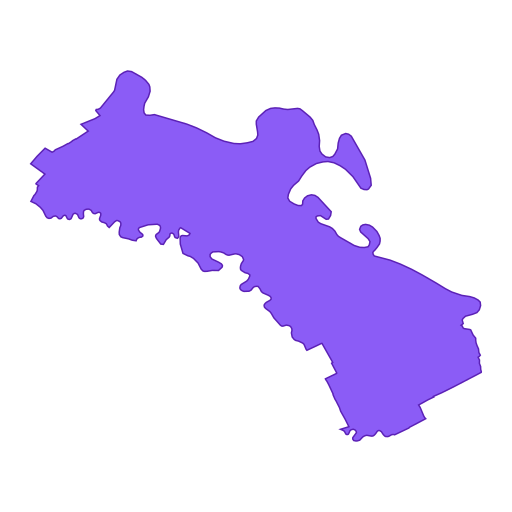 Grozesti, Iasi, Romania
{"feature_id": "2599482B13822693559247", "entity_name": "Grozesti", "entity_type": "district", "adm_level": 2, "iso_a3": "ROU", "parent_name": "Romania", "parent_adm1": "Iasi", "projection": "robinson", "projection_center": [28.02, 46.999], "detail": "fine", "context": "isolated", "style": "filled", "palette": "violet", "viewbox_px": 512, "rotation_deg": 0, "n_neighbors": 0, "source": "geoboundaries", "source_scale": "gbopen_adm2", "svg_char_len": 6042}
<svg xmlns="http://www.w3.org/2000/svg" viewBox="0 0 512 512"><path d="M463.2,323.6L462.2,320.0L463.0,318.5L465.5,316.2L472.5,314.3L476.9,312.6L479.3,309.8L480.6,305.6L480.2,302.1L478.1,300.0L474.2,297.9L469.8,296.6L461.8,295.4L451.7,292.0L445.4,288.7L436.1,283.0L421.9,274.8L411.6,269.3L400.4,264.1L390.0,260.1L374.3,256.0L373.2,254.4L372.8,252.6L373.5,251.4L374.8,250.2L377.1,247.4L379.5,243.9L380.1,241.1L380.1,238.3L379.1,235.5L376.9,231.5L372.6,227.1L369.4,225.2L365.6,224.4L362.9,224.9L360.8,226.3L359.6,229.4L360.7,232.0L368.1,238.6L370.0,241.6L369.3,244.9L368.0,246.8L364.3,247.5L359.8,247.3L354.2,245.5L340.6,237.7L338.4,236.3L336.8,234.5L334.9,231.1L332.4,228.5L329.6,226.8L320.8,223.7L318.3,222.2L316.0,218.5L316.0,216.9L317.4,215.9L320.5,215.6L326.2,219.3L328.5,219.0L330.6,215.5L331.2,211.7L318.0,197.4L314.9,195.4L311.4,194.8L307.5,195.8L304.6,198.0L302.8,200.9L302.6,204.2L301.4,205.6L298.0,205.5L294.0,203.9L289.7,201.3L287.8,198.0L288.4,194.3L290.7,188.9L293.6,185.3L298.6,181.0L301.7,176.1L305.9,170.5L309.7,167.2L316.4,163.5L323.0,161.9L328.0,161.5L334.1,162.8L340.1,165.7L345.5,169.3L352.9,176.6L360.9,188.2L364.0,189.5L367.0,189.7L368.5,189.0L371.2,185.3L370.6,178.3L364.9,160.0L351.3,136.2L348.6,134.2L345.7,133.5L341.4,135.2L339.5,138.3L338.2,143.0L337.6,148.9L334.8,154.2L332.8,156.5L329.7,157.6L325.6,156.9L321.9,154.0L319.9,151.0L319.2,146.4L319.6,140.6L318.7,134.3L317.0,129.9L314.3,124.6L312.8,120.4L310.1,117.1L302.6,110.8L299.9,108.8L297.5,108.4L287.8,109.5L283.8,109.1L279.4,108.1L275.0,107.9L270.6,108.4L265.9,110.5L258.7,117.0L256.3,121.0L256.3,124.2L257.6,132.1L257.8,135.1L256.5,138.5L253.0,141.4L247.3,142.8L240.2,143.8L233.9,143.5L224.0,141.2L215.4,137.8L206.8,132.9L196.8,128.0L186.8,124.1L154.4,114.6L150.0,115.3L145.9,115.1L144.1,112.9L143.6,109.7L144.0,106.4L144.7,103.2L148.4,96.8L150.1,91.2L149.8,86.9L148.9,84.4L145.5,80.3L141.8,77.3L131.6,71.6L127.5,71.0L124.0,72.3L119.9,75.0L116.9,79.3L114.6,90.3L113.6,91.9L100.4,108.1L98.2,109.3L96.2,109.5L95.8,110.6L100.0,115.6L94.9,118.7L81.0,124.3L88.2,131.1L76.1,139.1L75.8,138.9L72.3,140.8L72.0,141.3L68.5,143.6L67.8,143.6L63.0,146.3L55.3,149.8L53.9,151.3L52.1,152.2L45.1,148.2L37.0,156.4L30.7,163.8L44.9,174.1L36.0,183.5L36.0,183.9L38.6,185.7L37.4,187.2L37.3,190.0L36.9,191.4L35.0,194.5L33.9,195.6L30.9,201.4L36.0,203.8L40.2,207.2L43.0,210.4L45.8,216.2L47.2,217.8L48.9,218.4L49.9,218.3L51.0,218.1L53.2,216.4L55.5,215.9L57.0,216.7L58.6,218.5L59.9,218.8L61.3,218.3L63.4,215.7L64.9,215.2L65.9,215.7L67.3,218.5L67.9,219.1L69.4,219.5L70.8,218.9L71.3,218.2L73.1,214.2L74.3,213.4L75.4,213.3L77.5,214.4L78.9,217.6L79.5,218.3L80.5,218.8L81.5,218.8L82.9,218.2L83.4,217.4L83.7,216.4L83.4,214.0L83.5,211.7L84.1,210.4L86.1,209.3L88.4,209.1L89.4,209.3L91.2,210.4L92.2,212.2L93.0,213.1L94.0,213.6L95.2,213.7L98.3,212.3L99.6,212.4L100.5,213.0L100.8,213.6L100.8,214.3L100.7,215.4L99.5,218.8L99.6,219.8L100.2,220.7L101.8,222.0L104.4,222.7L106.4,223.8L107.5,226.0L109.2,227.5L114.6,221.8L116.6,220.5L117.8,220.6L119.6,221.5L120.3,222.0L120.8,223.1L120.9,224.1L120.7,225.6L119.8,227.8L119.2,232.1L119.3,234.5L120.8,236.8L122.6,237.6L128.7,238.9L132.2,240.2L136.1,240.8L136.7,239.2L138.2,237.9L139.6,237.3L141.5,237.1L142.9,235.9L142.8,234.8L142.4,234.2L139.8,232.1L138.4,229.9L138.4,228.9L139.3,227.6L148.1,224.8L157.3,224.2L159.7,225.4L160.2,226.2L160.5,227.3L160.5,228.3L159.7,231.1L159.0,232.4L156.3,234.4L155.7,235.3L155.6,236.5L156.5,238.5L160.8,244.1L163.4,244.4L166.2,239.7L169.1,237.2L169.8,235.9L169.9,234.1L170.7,233.3L171.9,233.0L173.5,233.9L174.0,234.7L174.7,236.9L175.3,237.6L177.4,238.3L178.2,237.5L178.8,236.2L178.4,231.9L178.7,230.1L179.9,228.2L180.7,227.7L190.0,233.4L189.4,234.7L188.0,235.6L186.8,235.9L182.5,235.5L181.3,235.8L180.6,236.6L180.1,237.9L180.3,244.1L183.0,253.4L187.9,255.8L190.2,256.4L193.5,258.4L198.1,263.1L201.2,269.2L203.0,271.0L204.5,271.4L207.1,271.3L212.2,270.4L218.5,270.5L222.0,267.3L222.4,266.2L222.4,265.3L221.4,263.9L218.6,262.2L211.9,259.0L210.1,256.7L210.1,254.4L211.3,253.0L212.9,251.9L218.7,251.6L220.7,251.9L223.7,252.9L226.1,254.5L227.8,255.1L229.1,255.2L235.1,253.8L236.4,253.9L239.3,254.6L242.3,256.6L243.6,259.5L243.3,260.7L241.4,263.5L240.7,265.6L240.4,267.3L240.5,269.1L241.2,270.3L245.0,272.7L248.1,273.5L249.9,275.0L249.7,276.3L248.3,279.3L246.7,281.1L241.3,284.4L240.4,285.5L239.9,287.3L240.0,288.7L241.0,290.0L242.5,290.9L244.0,291.4L249.1,291.2L251.0,290.2L253.2,287.5L254.5,286.6L256.5,286.3L258.1,286.4L259.9,288.7L261.4,291.6L262.9,292.9L268.4,295.3L270.2,296.4L271.1,297.7L271.1,299.1L270.0,300.3L266.4,302.3L265.2,303.4L264.3,304.6L264.1,305.7L264.5,307.2L265.7,308.5L269.9,311.6L271.3,313.4L273.9,317.9L280.5,325.3L281.9,326.1L283.0,326.1L286.4,325.1L289.3,325.7L290.6,326.6L291.7,328.4L292.0,330.1L291.4,332.9L292.2,337.0L294.1,339.4L295.6,340.4L298.5,341.1L302.7,343.1L304.0,344.3L306.1,349.3L306.9,350.3L321.3,343.5L322.0,343.4L332.4,361.8L332.7,362.4L331.6,363.2L336.7,372.9L336.6,373.4L325.4,378.8L325.6,379.4L327.0,381.4L328.8,384.8L333.1,394.0L333.0,394.6L334.9,399.0L336.2,401.2L339.4,407.5L340.7,411.3L345.1,419.1L348.9,426.7L340.5,429.3L343.1,430.4L344.4,431.3L345.9,434.1L347.0,434.6L348.2,434.3L348.6,433.8L350.0,430.7L351.1,429.8L352.8,429.3L353.6,429.3L355.2,430.1L356.2,431.4L356.4,432.7L352.8,437.6L352.7,439.0L353.7,440.5L356.0,441.0L357.3,440.9L359.7,440.2L362.7,437.0L364.5,435.9L366.1,435.4L366.9,435.3L371.4,436.1L372.9,436.0L374.3,435.1L375.6,433.7L377.4,431.1L378.7,430.5L379.7,430.6L381.4,431.7L383.3,434.6L384.8,436.1L385.6,436.5L387.7,436.6L388.8,436.3L391.8,434.6L393.9,434.5L394.6,434.8L408.9,428.0L409.6,427.2L425.7,418.7L424.6,417.5L423.7,415.9L420.1,407.3L418.6,405.0L428.0,399.8L433.8,397.0L433.4,396.4L441.6,392.8L454.6,386.3L481.2,372.4L481.3,371.7L480.7,369.4L480.6,366.5L479.4,363.4L479.5,360.0L478.1,357.4L478.3,356.9L479.1,356.6L480.3,355.2L478.9,352.6L478.5,348.9L476.9,345.3L476.0,342.6L475.7,340.2L475.7,338.2L473.1,335.0L470.7,329.9L469.8,329.5L464.1,328.6L463.1,327.9L462.0,325.7L461.1,325.2L463.2,323.6Z" fill="#8b5cf6" stroke="#5b21b6" stroke-width="1.5"/></svg>